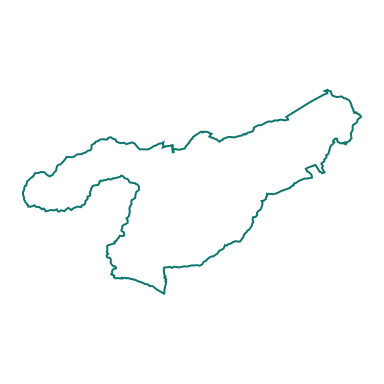 Darmanesti, Bacau, Romania
{"feature_id": "2599482B46065008984016", "entity_name": "Darmanesti", "entity_type": "district", "adm_level": 2, "iso_a3": "ROU", "parent_name": "Romania", "parent_adm1": "Bacau", "projection": "equal_earth", "projection_center": [26.342, 46.329], "detail": "fine", "context": "isolated", "style": "outline", "palette": "teal", "viewbox_px": 384, "rotation_deg": 0, "n_neighbors": 0, "source": "geoboundaries", "source_scale": "gbopen_adm2", "svg_char_len": 6011}
<svg xmlns="http://www.w3.org/2000/svg" viewBox="0 0 384 384"><path d="M28.5,206.6L30.8,206.7L34.4,205.3L35.9,206.8L39.2,207.0L42.0,209.3L43.4,208.5L44.1,208.7L45.1,210.0L45.4,211.1L46.1,211.3L50.5,210.1L54.5,210.3L56.8,209.4L58.2,211.6L59.0,211.6L61.1,210.3L64.5,211.1L66.1,209.3L68.3,207.9L71.4,210.1L73.2,208.4L76.6,206.9L78.0,206.6L80.9,207.2L81.4,206.8L81.6,205.7L84.4,204.5L85.2,203.3L85.5,200.8L87.2,199.5L87.7,198.6L87.3,197.7L87.5,196.6L89.4,196.1L90.0,195.6L90.3,194.1L89.8,193.1L89.9,192.0L90.9,190.4L91.2,188.4L91.7,188.0L92.6,186.0L94.1,185.4L97.8,185.1L99.5,183.0L99.2,181.9L100.5,180.5L102.2,181.0L103.0,180.4L106.4,179.9L108.5,178.8L109.9,179.5L111.6,179.3L113.1,178.2L114.3,178.4L120.2,176.8L121.2,175.6L123.4,176.4L124.3,178.0L127.6,179.1L128.4,179.9L129.3,181.8L130.0,182.5L135.5,183.3L135.9,184.0L137.3,184.5L138.5,185.8L138.9,186.7L139.0,189.5L138.5,190.4L136.6,191.6L135.6,194.2L135.1,198.1L131.5,200.3L131.3,202.5L131.6,203.8L130.2,206.2L129.4,208.4L129.8,211.8L129.1,215.3L128.4,216.9L126.5,218.2L127.7,220.4L127.6,222.9L125.8,224.1L124.1,224.6L122.3,226.0L122.3,228.2L121.5,229.6L121.5,230.8L122.0,231.3L123.6,232.0L124.3,234.4L124.0,235.6L122.9,236.1L119.7,235.8L119.0,237.4L116.9,239.7L116.5,240.8L114.5,241.6L114.5,242.1L115.0,242.8L114.8,243.2L107.8,245.4L107.1,246.0L107.4,250.0L106.7,252.1L108.2,253.8L106.7,254.9L106.9,256.9L107.7,257.6L109.5,257.7L110.1,258.2L110.9,259.5L110.6,262.4L111.3,264.0L113.0,266.0L115.1,266.4L116.2,268.0L115.8,268.5L113.8,268.8L112.5,270.2L112.1,271.3L112.2,272.8L111.3,274.4L114.3,275.6L113.8,277.1L115.2,278.3L118.5,278.1L120.3,278.5L121.0,278.0L121.9,278.5L122.3,277.8L123.4,278.2L124.6,277.7L126.5,278.4L127.6,278.0L129.4,278.4L130.6,278.9L132.4,279.0L133.9,279.8L134.6,279.7L136.2,280.2L137.4,281.0L142.8,282.8L144.8,284.0L148.4,284.6L149.5,286.0L152.7,286.1L156.3,289.2L164.8,294.2L164.3,293.7L164.5,289.0L166.0,283.4L166.0,282.8L165.5,281.9L166.2,281.4L165.6,280.3L166.2,279.4L164.8,278.3L165.4,277.9L165.6,276.6L164.6,276.5L164.9,276.0L164.1,273.3L163.8,270.2L164.1,267.6L170.0,267.0L170.8,267.1L171.5,267.9L174.4,266.7L178.8,267.4L184.4,266.3L187.0,266.6L191.1,265.5L197.6,265.2L199.6,265.7L202.2,264.4L203.7,261.8L206.1,260.7L207.2,259.3L209.7,257.3L211.7,256.4L213.2,256.4L217.5,253.5L219.2,250.8L222.1,249.5L223.7,248.3L225.1,245.1L226.8,245.6L228.1,244.3L230.8,243.6L232.5,242.3L234.8,241.4L236.1,241.2L238.6,241.7L240.2,241.3L243.4,236.9L244.3,234.1L246.6,232.1L247.1,230.9L249.2,229.6L251.4,226.3L252.0,225.2L252.2,223.6L253.3,222.0L252.6,219.5L253.1,217.1L255.1,217.1L256.1,216.4L257.3,214.7L256.9,213.6L257.0,212.7L258.1,211.2L260.4,209.7L261.6,207.1L262.5,203.7L262.4,202.7L261.6,201.0L263.6,200.9L264.2,200.1L265.9,199.1L266.0,197.1L267.1,196.0L267.1,193.9L267.9,194.3L269.7,193.8L273.6,194.2L277.7,192.9L280.7,191.2L289.9,188.0L289.8,187.6L291.6,186.5L292.1,185.8L293.5,185.5L293.4,184.7L293.9,184.5L294.3,183.3L295.9,183.0L298.5,181.1L304.3,178.6L306.9,178.6L312.0,177.6L311.5,174.6L307.3,171.0L307.1,171.2L305.8,168.8L307.6,167.8L314.5,165.2L314.9,165.5L315.6,165.1L319.8,171.9L320.9,172.0L322.0,173.2L324.4,172.4L321.9,167.8L322.9,166.4L322.4,165.0L321.5,164.2L321.6,163.2L324.3,161.4L324.3,159.5L326.4,157.5L326.5,156.4L326.3,155.0L327.1,154.8L328.5,153.7L328.9,151.3L329.6,150.5L329.5,149.4L330.1,148.0L330.2,146.9L331.0,145.7L332.1,144.8L334.3,142.3L333.0,141.5L333.4,140.4L334.6,139.5L334.8,138.8L336.7,138.6L337.0,138.8L337.5,141.7L338.2,142.2L339.2,142.4L340.3,143.3L341.6,143.4L345.2,142.3L345.5,142.8L344.4,143.2L344.2,143.7L345.8,144.3L347.1,142.1L349.6,141.0L350.6,139.1L351.5,138.3L350.8,133.8L351.8,131.4L352.7,130.0L352.6,126.4L353.1,124.9L355.6,123.4L357.3,121.6L357.4,120.1L357.7,119.5L361.0,116.9L360.5,115.5L359.6,115.2L359.6,114.9L358.6,114.0L358.0,114.1L356.9,113.2L355.0,112.9L355.7,112.4L354.1,112.1L353.4,110.9L353.3,109.2L352.4,107.9L351.4,105.4L351.4,104.3L349.2,100.4L347.6,99.3L346.8,99.3L345.7,98.3L344.3,98.4L343.5,98.0L342.0,96.5L336.5,97.0L332.4,95.6L331.5,94.1L330.9,91.5L329.1,91.0L327.4,89.8L324.8,91.0L326.9,91.8L327.4,93.3L323.7,94.7L310.3,102.0L287.5,116.1L286.5,116.9L287.0,117.1L288.1,119.6L285.1,120.4L280.8,119.6L278.6,120.1L278.1,120.6L275.0,120.3L271.7,121.7L269.1,121.4L266.7,122.1L261.4,125.1L258.2,125.3L254.3,127.4L253.6,128.2L253.9,128.9L252.9,131.0L250.8,132.0L247.5,132.8L246.2,134.2L245.6,133.8L244.5,134.0L244.1,134.1L244.2,134.5L243.0,134.5L241.7,135.6L239.8,135.8L234.3,137.4L229.0,136.9L227.0,137.4L223.1,138.9L222.8,139.8L220.8,140.6L219.5,141.7L218.0,140.7L216.6,139.2L215.2,139.2L213.2,137.8L211.5,137.8L211.1,137.2L209.4,136.6L210.1,135.6L210.4,135.9L210.3,134.3L211.3,133.7L209.4,133.1L207.6,132.0L204.2,131.7L203.1,132.3L203.1,131.8L201.1,131.7L193.3,136.7L192.7,137.5L192.6,138.3L192.2,138.2L191.1,139.9L190.4,140.2L190.3,141.0L189.0,142.3L189.1,142.6L188.8,142.6L188.8,143.1L185.9,146.2L184.8,148.5L178.7,149.8L174.3,148.8L173.5,149.4L173.7,151.3L173.3,151.7L173.5,152.1L172.8,152.3L172.5,150.2L173.2,150.2L173.1,149.5L172.4,149.1L172.1,147.2L172.6,147.0L172.6,146.5L173.0,146.3L172.6,145.1L168.4,146.1L166.7,146.1L162.8,147.5L163.4,145.6L162.9,144.0L163.4,142.3L161.5,143.3L158.5,143.9L156.5,145.2L153.5,146.2L152.1,147.4L148.2,149.4L139.8,149.3L137.4,147.1L135.0,143.8L132.1,142.4L126.4,144.1L124.0,142.8L119.9,143.1L116.2,141.5L115.5,139.5L113.0,138.8L110.8,137.3L108.2,137.8L107.5,139.3L107.0,139.6L103.1,139.2L100.2,139.5L98.8,140.3L98.3,141.1L96.1,141.5L95.2,142.4L94.8,143.4L93.8,143.6L91.6,145.2L91.4,146.0L91.6,148.3L90.6,150.2L88.1,150.6L85.7,152.4L83.0,153.3L81.8,154.2L77.3,154.3L74.6,156.3L72.4,157.2L66.6,157.0L63.8,161.0L61.6,163.3L60.1,164.5L58.7,164.7L57.1,166.0L55.9,170.8L54.1,172.5L52.6,174.8L49.7,176.4L46.9,174.8L44.5,172.4L43.9,172.2L40.9,172.0L38.9,172.9L34.9,173.3L32.8,176.8L31.2,177.6L27.1,181.5L26.4,185.2L26.1,185.7L25.1,185.7L24.4,187.4L24.0,190.2L23.0,192.1L23.0,194.6L23.7,196.4L24.1,199.7L25.0,200.9L25.5,202.5L26.7,203.5L27.3,204.4L27.3,205.0L28.2,205.2L28.8,206.1L28.5,206.6Z" fill="none" stroke="#0f766e" stroke-width="2"/></svg>